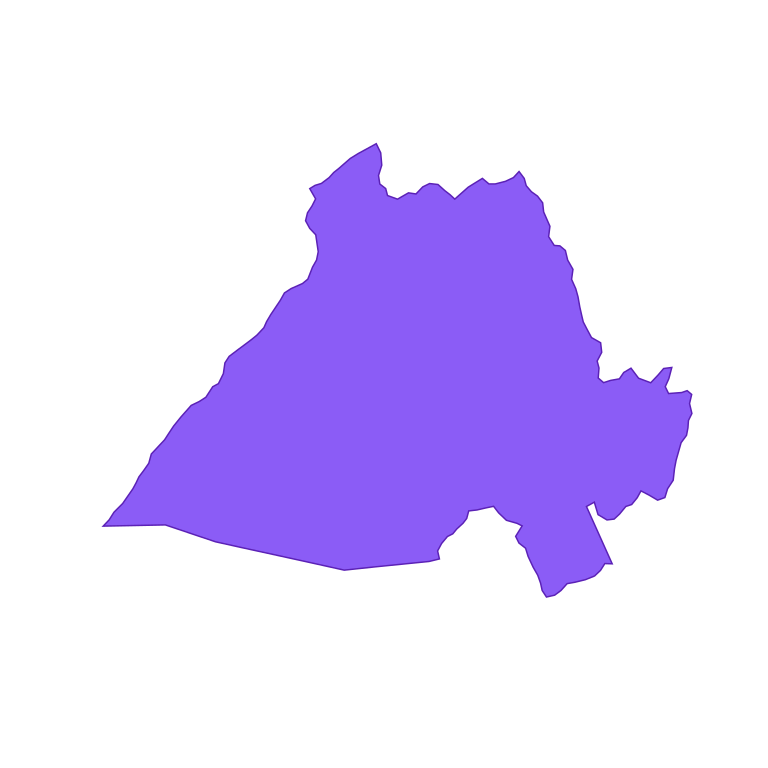 the district of Tarrafas, Ceará, Brazil, rotated 350°
{"feature_id": "56859067B6243055692939", "entity_name": "Tarrafas", "entity_type": "district", "adm_level": 2, "iso_a3": "BRA", "parent_name": "Brazil", "parent_adm1": "Ceará", "projection": "robinson", "projection_center": [-39.719, -6.722], "detail": "fine", "context": "isolated", "style": "filled", "palette": "violet", "viewbox_px": 768, "rotation_deg": 350, "n_neighbors": 0, "source": "geoboundaries", "source_scale": "gbopen_adm2", "svg_char_len": 2399}
<svg xmlns="http://www.w3.org/2000/svg" viewBox="0 0 768 768"><g transform="rotate(350 384 384)"><path d="M82.8,475.2L144.2,484.8L190.6,510.1L214.0,519.8L273.4,544.2L312.5,560.4L343.0,562.5L397.6,566.6L408.2,565.9L407.8,557.7L413.0,551.1L420.0,545.2L425.7,543.5L430.5,539.4L437.6,534.9L442.1,530.8L445.4,523.7L453.7,524.2L463.1,523.7L470.7,523.5L474.5,530.8L480.9,539.5L490.8,544.3L495.4,547.7L487.2,556.9L489.3,564.1L494.9,570.3L496.0,578.9L499.1,590.4L502.2,599.0L503.6,607.2L503.9,614.8L507.0,622.0L515.4,621.6L522.4,618.1L529.7,612.4L537.5,612.4L548.2,611.7L558.1,609.6L564.9,605.1L570.3,599.2L577.5,600.7L562.1,539.8L570.6,536.9L572.1,549.8L580.0,556.6L587.2,557.0L593.5,552.9L600.9,546.6L607.0,545.7L613.6,540.0L618.5,533.9L625.8,539.5L633.3,545.9L640.9,544.6L645.1,536.4L652.1,529.0L655.4,517.8L658.4,509.9L666.4,493.4L673.0,487.1L675.7,480.0L677.5,472.8L682.1,466.5L681.5,456.3L685.2,447.7L681.4,443.2L675.7,444.1L662.6,442.8L660.5,435.5L665.4,428.3L670.3,417.7L662.1,417.3L655.4,422.8L646.9,429.1L635.7,422.5L630.0,411.3L622.1,414.3L616.7,419.8L607.8,419.8L600.5,420.8L596.0,415.3L598.5,405.6L597.9,398.4L603.9,390.6L604.5,381.0L596.4,374.3L593.6,365.8L591.0,357.5L590.6,350.7L590.2,342.1L590.2,331.8L589.4,323.5L586.9,313.5L590.0,303.9L586.4,293.9L585.8,284.0L581.2,278.5L575.7,277.1L571.7,267.5L574.8,257.5L571.1,242.3L571.7,233.1L567.8,225.6L562.6,220.3L558.5,213.4L557.8,205.9L553.9,198.2L547.3,203.2L538.8,205.5L528.4,206.3L522.1,205.2L516.6,198.6L508.8,201.7L501.1,204.8L493.6,209.4L485.8,214.2L481.8,208.9L477.6,204.3L471.8,196.9L463.7,194.5L456.4,196.6L448.5,202.4L441.3,200.0L429.4,204.3L420.2,199.0L419.6,191.8L414.6,186.3L414.8,177.7L419.8,168.1L420.9,155.8L418.1,146.0L398.8,152.5L390.0,156.0L383.0,160.2L376.9,163.9L371.2,167.0L365.8,171.2L357.2,175.6L350.6,176.4L344.8,178.7L348.8,189.8L344.0,196.2L338.4,202.1L335.1,209.6L337.9,217.9L342.7,225.2L342.2,242.3L339.1,250.2L333.9,256.5L327.2,267.5L321.2,270.9L309.1,273.9L301.8,277.0L296.4,283.6L284.5,296.0L279.2,302.2L275.5,307.7L267.2,313.9L261.8,316.9L255.8,320.0L247.0,324.4L236.3,329.9L231.0,335.6L227.6,345.9L221.0,354.9L214.9,356.9L206.3,366.1L198.9,369.2L190.4,371.6L178.2,381.3L169.5,388.9L163.6,395.1L158.2,400.9L151.9,405.6L147.3,409.1L142.7,412.5L138.6,421.2L132.2,427.6L126.6,432.8L122.7,438.3L118.5,443.6L105.9,456.3L95.8,463.4L89.8,470.0L82.8,475.2Z" fill="#8b5cf6" stroke="#5b21b6" stroke-width="1.5"/></g></svg>